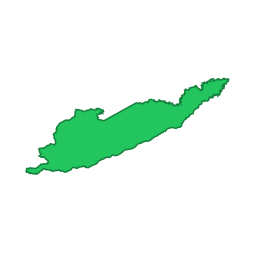 outline of Mesetas, Meta, Colombia, rotated 258°
{"feature_id": "7082276B5195747171528", "entity_name": "Mesetas", "entity_type": "district", "adm_level": 2, "iso_a3": "COL", "parent_name": "Colombia", "parent_adm1": "Meta", "projection": "natural_earth1", "projection_center": [-74.101, 3.108], "detail": "fine", "context": "isolated", "style": "filled", "palette": "green", "viewbox_px": 256, "rotation_deg": 258, "n_neighbors": 0, "source": "geoboundaries", "source_scale": "gbopen_adm2", "svg_char_len": 5991}
<svg xmlns="http://www.w3.org/2000/svg" viewBox="0 0 256 256"><g transform="rotate(258 128 128)"><path d="M141.8,57.5L140.4,57.8L139.6,56.9L138.1,56.1L138.3,55.1L137.5,53.8L135.3,54.1L133.8,53.6L131.5,54.3L128.3,54.2L126.9,52.7L128.7,48.8L127.3,46.6L127.7,45.8L127.6,45.1L126.2,42.7L126.0,40.7L126.5,37.3L125.8,36.4L123.2,36.7L122.1,36.5L121.1,37.4L120.6,37.5L119.2,36.0L119.1,35.3L117.4,37.2L117.1,38.5L117.5,39.3L117.3,39.7L114.4,41.4L113.2,42.6L111.4,43.0L110.7,42.3L109.9,42.2L110.3,41.1L110.1,39.3L110.6,38.0L110.3,36.4L110.7,35.1L109.8,34.3L109.1,32.5L108.2,31.2L107.6,29.0L108.6,26.2L108.7,24.8L109.2,24.6L109.5,24.1L108.9,22.6L109.5,21.0L108.9,20.1L108.0,20.2L107.2,19.4L105.9,19.5L105.4,21.6L104.9,22.0L104.3,21.9L104.2,22.7L103.7,23.0L103.9,24.4L102.9,25.4L102.6,27.4L102.2,28.2L102.6,28.7L101.9,29.3L102.5,31.1L103.2,31.8L104.1,33.6L104.9,36.1L105.8,36.7L105.0,38.5L104.4,38.8L103.8,41.4L103.1,42.6L103.2,43.4L102.1,43.8L101.7,45.2L101.3,45.6L101.2,46.1L101.5,46.9L101.4,47.8L101.7,48.1L101.1,50.0L101.4,51.3L101.1,51.4L101.0,52.4L99.8,53.1L100.0,53.5L99.6,54.5L98.9,56.1L98.3,56.5L97.7,58.4L98.5,60.3L98.4,61.2L98.9,62.5L99.0,63.6L100.7,65.2L101.0,66.2L100.6,66.5L100.6,67.1L99.4,69.1L99.1,70.3L99.6,70.6L100.1,72.1L99.8,72.5L99.9,74.5L99.6,75.1L100.2,76.6L99.2,77.5L99.2,78.2L98.7,78.1L98.2,78.5L97.8,80.1L97.4,80.7L98.2,82.8L98.1,83.7L98.5,84.0L98.8,85.3L99.6,89.9L102.1,92.9L102.3,95.0L103.1,95.3L103.1,96.3L102.7,96.9L102.9,98.2L103.5,99.0L103.8,101.4L103.1,103.6L103.4,104.1L103.3,105.0L104.1,105.8L104.7,107.6L104.7,108.3L103.6,109.7L103.5,111.5L104.8,115.9L107.2,120.2L106.9,126.8L107.5,129.8L108.5,131.8L110.2,133.9L110.6,136.2L110.3,137.0L110.9,138.8L111.5,141.9L111.0,145.0L111.4,147.2L113.8,152.1L114.4,155.4L115.4,157.0L115.4,158.2L116.3,159.2L116.3,161.2L117.4,162.3L117.0,163.8L119.3,166.5L119.1,168.6L119.4,169.3L119.5,170.7L117.7,175.0L117.8,175.8L118.3,176.8L118.0,179.2L118.5,180.4L119.2,181.0L121.2,181.3L121.5,182.4L122.1,182.7L122.8,183.7L124.3,184.7L124.6,186.3L125.1,186.9L126.0,186.9L125.8,188.3L126.8,190.4L128.2,191.4L128.7,194.8L129.5,194.9L131.9,196.5L132.2,197.0L132.2,197.9L132.9,198.8L133.1,200.6L133.8,201.5L134.5,201.3L135.6,202.1L136.2,203.0L136.0,204.1L136.2,204.9L137.0,205.5L138.3,205.6L139.0,206.5L139.0,206.9L138.2,207.9L139.0,209.8L138.1,210.4L137.9,211.5L138.4,212.7L140.9,213.6L140.4,214.6L141.3,215.1L141.3,215.6L140.4,215.6L140.6,216.9L140.0,217.3L140.6,217.7L141.6,217.4L141.8,218.2L142.5,218.4L142.9,219.4L142.5,220.2L141.7,219.9L141.8,221.0L142.5,222.1L142.4,222.5L140.7,222.5L141.5,223.5L141.4,224.5L141.8,224.8L142.4,224.7L142.9,225.4L144.2,225.3L144.1,226.7L144.4,227.0L144.8,226.8L144.6,225.6L145.3,225.6L146.0,226.9L145.8,228.0L147.1,228.7L146.7,230.0L148.1,230.5L148.8,229.3L149.1,229.7L148.8,230.2L148.9,230.7L149.6,231.2L149.9,231.1L150.0,230.6L149.4,229.1L150.6,229.7L151.2,231.8L150.7,233.3L152.5,234.2L153.0,235.9L154.9,236.6L155.2,235.2L154.9,234.5L156.4,232.5L155.8,232.3L156.4,231.4L155.7,229.5L155.8,228.6L156.2,227.0L156.7,226.8L157.1,227.1L157.3,226.3L157.3,225.5L156.8,224.7L156.1,221.5L156.4,221.2L157.1,221.9L157.7,221.6L158.1,221.9L158.6,219.7L158.1,219.0L157.1,218.7L157.9,217.9L157.8,217.6L156.4,217.5L157.0,216.8L156.9,215.1L155.5,214.8L156.2,214.0L156.2,213.6L155.8,213.5L155.9,213.1L156.9,212.3L156.5,211.7L156.5,211.0L156.2,211.5L155.8,210.7L155.5,211.1L155.0,209.4L154.3,210.0L154.0,208.5L152.0,208.8L151.9,209.1L152.2,209.4L151.9,209.6L151.3,209.3L151.0,208.4L150.2,208.7L149.3,207.8L149.8,206.6L150.1,206.5L150.3,206.9L151.6,205.6L151.9,204.8L152.6,204.7L153.4,204.2L153.7,203.4L154.9,203.7L154.8,203.0L155.3,202.5L154.2,201.0L154.6,199.0L154.2,197.8L154.3,196.3L153.6,196.0L153.0,196.2L152.3,195.0L152.7,194.0L153.8,192.8L153.9,192.3L153.3,192.2L153.1,191.2L152.2,191.3L149.8,190.4L149.1,190.6L149.1,190.1L149.5,189.8L148.6,188.3L148.7,187.5L148.0,187.2L147.4,187.6L146.3,187.4L146.3,187.1L146.8,186.8L146.4,185.8L145.8,186.4L145.6,186.0L145.1,185.9L145.9,185.1L145.6,184.6L145.3,184.5L145.2,185.1L144.5,184.8L144.3,185.2L143.8,184.6L143.3,185.3L143.4,184.9L143.1,184.8L143.2,184.4L142.7,183.9L142.0,184.5L142.4,184.7L142.2,185.4L141.5,184.8L141.9,184.4L141.6,183.5L141.5,184.3L140.7,184.5L141.2,183.8L139.9,182.2L140.3,182.3L140.6,181.7L140.9,182.0L141.2,180.9L141.0,180.6L140.9,181.1L139.9,181.3L140.4,180.6L140.3,180.0L140.4,179.6L139.8,177.9L140.3,177.5L140.5,178.0L141.1,177.7L141.4,176.3L142.8,176.6L142.5,175.9L143.1,175.6L143.3,174.5L143.7,174.4L143.1,174.1L142.9,173.1L143.3,172.9L143.9,173.3L143.7,172.7L144.3,172.8L144.0,172.1L144.6,171.2L144.4,170.6L145.3,170.2L144.9,169.9L145.3,169.8L145.5,169.2L146.2,169.5L146.8,169.3L146.7,168.7L147.2,168.8L146.5,168.3L146.8,168.0L147.3,168.3L146.8,167.7L147.5,166.6L147.3,166.0L148.8,164.5L148.7,163.9L147.8,164.0L148.1,163.3L147.6,162.2L147.7,160.8L148.0,160.7L148.0,160.1L148.5,160.0L148.7,159.5L149.0,159.9L149.9,159.5L150.0,158.1L150.8,157.2L151.4,155.8L151.0,154.4L150.5,154.3L150.1,153.5L149.2,153.6L148.9,153.1L149.1,152.3L149.7,151.7L149.6,151.3L149.8,150.7L149.3,148.5L148.9,148.1L148.7,146.5L149.6,145.8L150.4,144.3L149.9,142.9L150.4,142.5L150.8,141.1L140.1,106.0L142.8,100.3L143.2,100.6L143.8,100.5L144.4,100.9L144.5,100.5L145.3,100.7L145.4,100.4L146.5,100.3L147.7,100.7L147.5,101.9L147.8,102.2L147.4,103.3L147.6,104.3L147.9,103.6L148.1,104.0L148.5,103.8L148.6,104.7L149.1,104.5L149.0,104.9L148.1,104.9L148.5,105.6L148.0,106.1L148.7,106.0L148.9,105.6L148.9,106.2L148.6,106.5L149.0,107.3L149.3,106.9L149.7,106.9L149.7,106.3L150.2,106.7L150.1,107.9L151.9,105.1L152.1,104.3L152.6,104.2L152.9,103.5L153.4,103.2L153.1,102.0L153.6,101.0L152.3,100.6L152.1,100.0L154.5,95.2L153.6,94.0L153.8,90.8L153.1,89.7L153.0,88.8L154.8,86.4L155.0,85.4L156.1,83.8L156.9,80.9L155.8,80.9L155.1,79.8L153.1,79.2L152.4,79.4L151.6,78.6L150.3,78.4L150.1,77.3L149.7,76.8L149.8,75.7L148.8,74.6L147.7,71.9L148.4,70.5L148.2,69.4L148.6,68.9L148.4,67.2L148.0,66.4L146.8,62.2L143.5,58.5L142.1,58.1L141.8,57.5Z" fill="#22c55e" stroke="#15803d" stroke-width="1.5"/></g></svg>